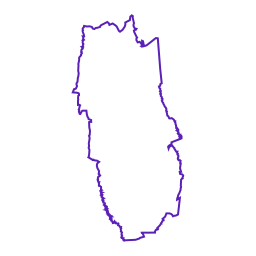 UDA, Arges, Romania
{"feature_id": "2599482B33003940641669", "entity_name": "UDA", "entity_type": "district", "adm_level": 2, "iso_a3": "ROU", "parent_name": "Romania", "parent_adm1": "Arges", "projection": "orthographic", "projection_center": [24.571, 44.88], "detail": "fine", "context": "isolated", "style": "outline", "palette": "violet", "viewbox_px": 256, "rotation_deg": 0, "n_neighbors": 0, "source": "geoboundaries", "source_scale": "gbopen_adm2", "svg_char_len": 5840}
<svg xmlns="http://www.w3.org/2000/svg" viewBox="0 0 256 256"><path d="M110.0,218.2L111.0,218.7L110.5,219.0L109.9,218.6L109.8,219.0L110.9,219.7L111.0,220.1L111.6,219.7L112.2,221.8L113.0,222.5L113.5,222.2L113.2,223.0L113.8,222.9L114.4,221.6L114.7,222.2L115.1,222.2L115.1,222.7L115.6,222.7L115.5,223.0L115.7,223.3L116.3,223.3L117.3,223.7L118.3,223.4L118.4,223.6L118.0,224.1L118.5,225.1L118.3,225.4L119.4,225.8L120.1,227.2L121.0,227.1L120.8,227.8L121.2,228.3L120.7,228.9L121.1,230.8L120.9,231.5L122.0,232.4L121.5,234.2L121.7,235.3L122.1,235.4L122.2,236.0L121.7,236.2L121.6,237.0L121.3,237.4L121.6,238.0L123.5,238.2L123.2,239.2L124.0,239.7L123.5,240.2L123.6,240.4L124.4,240.6L125.2,240.3L135.5,239.8L139.4,238.5L139.9,237.9L144.0,236.7L142.7,233.2L141.9,233.0L141.8,232.7L155.0,232.6L155.0,231.5L155.3,230.8L155.9,229.9L157.8,229.4L158.1,229.0L157.2,228.1L160.0,225.2L161.0,223.5L161.3,223.5L161.2,223.0L161.9,222.2L162.0,221.5L163.0,220.5L163.6,220.4L163.7,220.1L162.6,218.9L165.2,216.6L166.4,213.4L169.3,213.4L170.8,213.8L172.1,214.7L173.0,216.3L174.1,215.8L175.8,215.6L178.0,214.5L179.9,197.9L177.1,199.6L177.3,198.0L177.8,197.3L178.2,195.2L179.3,193.2L180.6,189.8L180.6,188.4L181.1,186.9L180.8,185.7L181.1,179.7L181.8,178.8L182.7,178.4L182.5,177.5L183.1,176.3L183.2,175.4L182.2,174.4L180.1,173.9L179.7,171.8L180.6,171.5L181.0,171.6L180.0,168.2L180.7,163.7L180.3,163.7L180.2,163.2L180.4,162.8L180.2,162.5L180.6,160.8L179.8,160.1L178.8,160.3L178.0,159.5L177.8,158.7L178.1,158.2L177.9,158.0L178.2,156.8L178.4,156.7L178.2,155.6L178.3,155.3L177.4,154.5L177.8,153.6L177.4,153.4L177.1,152.9L177.0,152.4L177.3,151.7L176.3,151.7L174.5,148.9L174.4,148.1L173.9,147.8L172.3,145.7L171.4,145.7L169.8,146.5L169.0,147.3L168.6,148.5L168.1,146.8L168.8,145.8L171.6,143.9L171.5,142.3L181.5,138.4L181.6,138.1L181.4,137.4L181.6,136.7L181.3,136.1L180.4,136.7L181.0,135.5L180.6,135.3L179.7,135.7L179.9,135.0L179.4,135.2L179.5,134.7L178.6,133.5L178.1,133.9L177.8,133.5L178.4,132.9L178.2,132.7L178.5,132.2L177.7,131.1L177.0,130.7L178.3,130.1L178.3,129.6L178.1,129.4L177.4,129.7L176.3,128.2L176.9,127.9L176.2,126.9L176.0,126.0L176.1,125.3L175.5,124.2L175.5,122.9L174.8,121.9L175.2,121.2L174.3,120.8L173.9,119.7L171.7,118.1L170.0,118.5L169.2,118.3L168.4,116.3L167.3,115.6L167.0,113.4L166.5,111.9L166.9,111.4L166.1,110.6L166.4,109.0L165.7,107.5L164.7,106.6L164.5,105.7L163.3,103.7L163.3,103.0L162.4,102.0L161.9,100.7L162.3,100.5L162.5,98.9L161.7,98.6L161.9,97.2L160.8,96.0L160.9,94.7L160.3,94.2L160.2,93.9L160.9,93.4L160.6,92.9L160.6,92.0L160.1,91.6L160.8,91.0L160.7,90.7L160.2,90.4L160.3,88.8L159.2,87.7L159.3,87.2L159.0,86.5L159.7,86.3L160.2,85.5L160.4,84.0L161.7,83.3L160.2,68.8L157.8,38.3L155.8,38.1L146.5,45.4L143.1,46.4L141.7,46.6L141.3,46.3L143.9,45.0L143.5,44.2L143.3,42.4L142.9,41.1L142.1,40.8L142.3,43.0L141.9,43.6L141.9,44.3L141.7,44.3L139.7,41.8L137.7,42.4L136.4,40.1L136.4,38.6L137.1,37.5L136.7,37.1L134.3,32.2L133.9,30.6L134.8,29.9L135.8,29.8L136.4,28.8L134.8,28.5L133.5,26.0L133.6,24.3L134.0,23.3L132.7,17.8L132.8,16.1L131.7,15.4L130.3,16.7L129.9,20.1L125.3,22.5L125.4,24.4L124.8,26.5L122.6,29.8L120.0,31.7L118.9,30.9L116.7,26.5L115.6,25.5L112.7,23.5L109.4,24.9L108.9,23.4L107.3,22.0L100.9,25.3L100.2,26.2L100.1,26.9L96.9,27.9L95.9,27.9L94.4,29.0L92.8,28.6L91.8,26.9L89.4,26.3L86.9,26.5L84.1,25.9L83.8,27.3L83.0,28.0L82.7,28.6L82.7,30.0L83.0,30.3L82.6,30.9L82.7,31.6L84.0,35.2L83.7,36.2L84.0,36.5L83.9,36.6L82.8,36.4L83.3,37.8L83.1,38.9L83.5,39.3L82.8,40.0L83.4,40.2L82.8,40.6L82.9,41.2L82.6,42.2L82.9,43.7L83.3,43.8L83.4,44.2L82.7,45.8L83.1,46.6L81.8,46.9L82.8,47.8L82.8,48.1L82.2,47.9L82.3,49.0L81.5,49.7L81.2,51.7L81.7,51.8L81.8,52.2L81.4,52.7L81.8,53.5L81.0,54.5L81.0,55.5L79.2,57.4L79.1,60.4L78.3,64.2L78.5,64.9L78.2,70.8L78.7,73.4L78.2,76.9L77.9,77.4L77.5,81.8L76.5,83.4L76.6,85.0L77.0,85.8L77.0,86.2L75.8,88.7L74.0,89.2L72.8,92.4L76.8,92.7L78.6,93.2L79.0,93.9L79.0,95.3L78.3,95.7L78.0,98.4L78.3,99.3L78.0,100.6L78.0,104.9L79.1,104.7L80.1,105.3L79.6,106.4L79.2,108.8L78.7,109.6L79.3,110.8L78.9,111.6L79.7,113.9L80.3,114.0L81.9,111.1L82.5,110.7L86.4,110.7L86.9,114.7L87.6,117.0L88.2,117.6L88.6,119.1L91.1,120.0L91.2,121.9L89.2,122.0L89.1,122.6L89.3,127.4L90.0,131.0L89.7,134.9L89.0,135.8L89.5,137.1L89.6,138.7L88.8,143.4L89.1,146.4L88.6,147.7L89.4,149.7L89.4,150.4L89.1,154.7L88.7,156.9L88.4,157.3L92.2,159.6L93.2,159.7L93.1,160.1L97.2,160.7L99.1,161.9L97.4,163.2L96.9,164.7L96.9,166.0L97.4,168.1L99.1,171.2L98.7,173.7L99.1,174.0L98.8,174.3L99.2,174.9L100.1,175.4L99.5,176.2L98.1,177.0L97.8,178.6L98.1,179.3L97.6,179.9L98.0,180.4L98.0,181.1L98.5,181.7L98.5,182.2L99.2,182.2L98.9,183.0L99.1,184.1L98.9,184.8L98.9,185.8L100.3,186.2L101.1,187.0L101.0,189.5L101.6,190.0L100.9,190.2L100.3,190.9L100.7,191.3L101.1,191.1L101.3,192.1L101.8,192.3L100.9,192.5L100.9,192.8L101.0,193.2L101.4,193.3L101.9,193.9L102.0,194.6L101.0,194.8L100.8,195.1L101.4,195.5L101.5,196.2L102.1,195.9L101.7,197.1L102.6,197.6L102.3,197.9L102.5,198.3L103.4,198.5L102.9,198.8L102.4,199.5L102.6,199.8L102.4,200.3L102.8,200.6L103.4,200.3L103.6,201.0L102.9,201.4L102.9,201.7L103.3,202.0L103.5,202.7L104.9,203.3L104.6,204.0L104.4,204.3L104.6,204.6L104.0,205.0L104.7,205.5L105.0,205.1L105.3,205.4L104.8,205.9L104.9,206.2L105.4,206.1L105.6,206.5L106.0,206.2L106.2,206.6L106.9,206.7L106.9,207.0L106.5,206.9L106.4,207.3L105.9,207.5L106.6,208.2L106.1,208.5L106.7,208.7L106.1,209.0L106.4,209.6L105.8,209.8L106.6,210.0L106.2,210.5L106.6,210.9L107.6,210.6L107.7,211.3L107.4,211.5L107.5,212.0L107.0,211.9L106.9,212.7L107.6,212.8L107.4,213.1L107.6,213.4L108.1,212.8L108.2,213.5L107.8,214.1L108.3,214.2L107.8,214.7L108.6,215.3L109.0,214.8L109.1,215.1L108.9,215.5L109.1,215.8L109.7,214.9L110.0,215.1L109.9,216.0L110.4,215.9L110.5,216.7L111.0,216.0L111.4,216.1L111.1,216.5L111.5,216.7L111.0,216.8L111.2,217.2L110.9,217.5L110.2,217.2L110.0,218.2Z" fill="none" stroke="#5b21b6" stroke-width="2"/></svg>